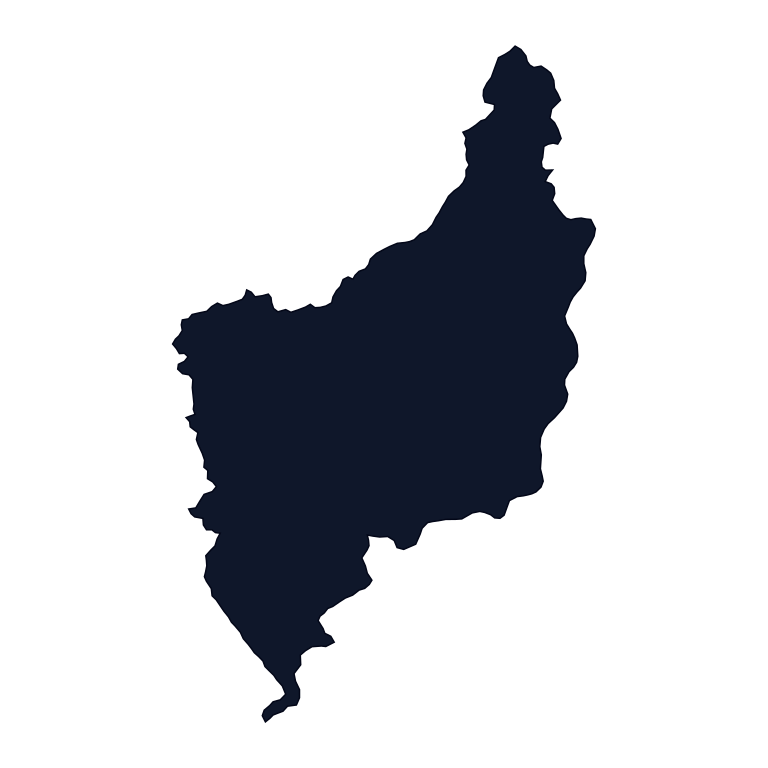 Nova Iguaçu de Goiás, Goiás, Brazil
{"feature_id": "56859067B16391493114440", "entity_name": "Nova Iguaçu de Goiás", "entity_type": "district", "adm_level": 2, "iso_a3": "BRA", "parent_name": "Brazil", "parent_adm1": "Goiás", "projection": "mercator", "projection_center": [-49.294, -14.309], "detail": "fine", "context": "isolated", "style": "filled", "palette": "ink", "viewbox_px": 768, "rotation_deg": 0, "n_neighbors": 0, "source": "geoboundaries", "source_scale": "gbopen_adm2", "svg_char_len": 3928}
<svg xmlns="http://www.w3.org/2000/svg" viewBox="0 0 768 768"><path d="M182.3,319.9L181.3,324.8L182.3,330.5L178.9,335.9L175.4,339.2L172.6,344.0L176.5,348.7L179.4,353.6L184.4,353.3L188.1,356.8L184.4,361.4L178.4,364.3L177.7,369.1L182.6,373.7L189.0,374.8L192.9,379.4L192.3,387.7L193.1,395.4L194.0,404.0L193.3,409.2L195.0,414.4L190.6,415.9L186.1,417.6L189.7,421.7L190.2,426.8L194.0,429.8L197.9,432.6L196.4,439.5L198.1,444.4L202.2,453.2L204.6,460.1L203.9,467.2L207.8,470.5L207.5,478.7L212.7,481.9L216.4,486.6L212.3,491.6L204.1,494.4L199.8,501.2L195.8,507.9L188.7,509.0L191.1,513.7L194.7,516.9L202.9,518.4L203.4,525.0L206.5,529.8L211.9,529.8L215.4,532.6L220.2,533.2L217.1,539.0L215.0,545.9L210.7,550.2L205.8,555.7L206.4,560.3L206.8,565.8L205.6,571.9L204.4,576.7L206.4,581.2L211.3,588.6L212.1,595.8L216.2,599.8L223.9,611.2L228.5,616.9L231.5,622.3L234.9,625.8L240.4,632.3L243.3,638.7L248.3,644.4L251.7,648.9L254.3,652.7L258.7,656.6L263.0,661.1L265.0,666.6L269.3,670.9L273.8,675.3L276.7,679.7L282.3,685.9L285.7,694.2L280.3,699.8L273.1,701.8L269.8,705.5L264.2,710.2L262.3,715.7L265.4,721.9L270.0,718.2L273.1,715.0L277.7,713.2L283.0,711.2L287.5,706.2L296.4,705.0L299.5,697.8L299.5,689.6L295.5,681.2L294.0,673.6L300.7,664.8L300.3,655.1L305.6,650.6L312.0,646.7L321.4,646.0L325.8,646.5L334.2,642.2L330.8,636.3L324.8,633.3L323.1,628.6L318.1,620.6L320.0,616.2L324.3,612.9L327.7,608.5L332.7,606.5L339.2,602.0L345.4,598.0L352.7,595.1L359.1,590.1L364.7,588.4L369.3,584.4L371.9,580.2L367.3,573.3L365.4,566.0L361.8,557.9L367.1,549.9L369.0,545.7L368.5,540.2L367.3,535.0L372.4,536.0L379.6,537.0L387.7,536.5L394.2,540.5L397.1,547.6L403.7,549.4L415.7,544.2L418.3,538.3L420.2,534.0L422.1,528.3L427.6,522.6L432.7,521.5L438.5,520.7L445.7,519.4L455.5,519.3L461.8,518.9L465.8,516.6L472.3,512.9L479.8,511.4L484.6,512.4L490.6,514.7L494.7,517.9L500.0,518.3L504.1,515.2L506.7,508.0L509.4,500.6L517.1,496.6L523.3,495.8L527.6,494.9L531.8,493.8L536.0,491.9L541.0,487.1L543.2,481.2L542.1,475.7L540.4,468.8L541.3,454.9L539.8,446.7L540.6,437.4L544.2,429.0L548.1,423.6L554.5,417.7L563.1,408.0L566.5,401.3L567.7,394.1L564.5,385.1L564.8,379.2L569.0,371.7L573.5,367.3L576.6,362.3L577.8,356.3L577.1,344.9L574.7,338.1L572.5,333.3L569.7,329.1L566.5,323.9L564.6,316.0L568.5,306.6L570.2,302.1L573.1,296.9L577.1,291.9L580.5,288.2L585.1,280.8L585.8,272.6L583.8,263.7L583.8,255.8L587.2,248.8L590.1,244.3L594.1,236.1L595.4,228.7L590.8,219.5L586.0,219.0L581.2,218.1L575.9,218.6L570.9,219.7L566.3,218.3L563.0,215.0L558.7,209.6L552.2,200.4L554.7,193.7L554.1,187.3L551.2,183.8L545.2,181.6L548.1,175.6L552.6,170.0L545.4,170.2L542.0,167.2L541.3,161.8L542.7,157.5L543.3,151.8L543.9,146.4L548.1,144.2L553.1,143.1L557.7,144.1L561.1,138.5L557.9,129.2L554.5,122.6L549.9,118.1L551.7,108.9L560.5,100.1L557.7,93.8L554.5,88.2L553.8,80.5L550.7,73.2L546.9,70.0L541.1,66.1L533.8,67.5L529.8,65.1L527.2,61.4L525.9,55.9L520.9,49.5L515.1,46.1L510.0,51.2L504.8,54.5L498.5,57.7L494.4,68.9L491.3,77.5L487.0,83.2L483.6,89.9L483.2,95.8L485.0,102.1L494.5,104.5L494.2,110.0L490.1,114.4L485.5,119.4L481.0,120.8L475.8,125.1L468.8,129.8L462.9,132.2L466.1,137.9L464.9,143.4L466.9,149.1L466.1,154.3L466.6,159.8L469.2,165.0L466.0,170.2L466.1,176.4L463.2,182.6L459.4,187.1L454.1,190.9L448.5,196.3L445.2,202.4L442.5,206.6L439.2,212.8L436.1,217.3L432.4,224.7L426.9,230.9L420.2,233.9L414.2,239.8L409.6,241.6L405.1,242.5L397.3,243.3L389.7,246.5L384.1,249.3L376.5,253.4L370.4,259.1L368.7,264.6L365.4,268.9L359.1,271.3L355.1,275.3L352.9,279.2L348.1,277.0L343.1,279.5L340.4,286.5L336.5,290.7L333.0,296.9L331.7,302.8L325.9,306.0L320.2,307.4L314.9,307.7L310.3,304.3L305.5,307.1L297.8,310.0L290.9,312.3L285.7,309.6L277.9,311.8L273.6,308.5L271.6,302.5L271.0,297.6L268.3,294.1L262.4,295.7L255.0,296.8L251.3,292.2L246.7,289.9L245.2,295.2L242.3,299.3L236.9,301.4L228.8,304.3L222.9,305.6L217.4,303.1L211.6,306.6L206.8,311.3L198.6,313.0L192.1,314.5L188.6,318.8L182.3,319.9Z" fill="#0f172a" stroke="#020617" stroke-width="1.5"/></svg>